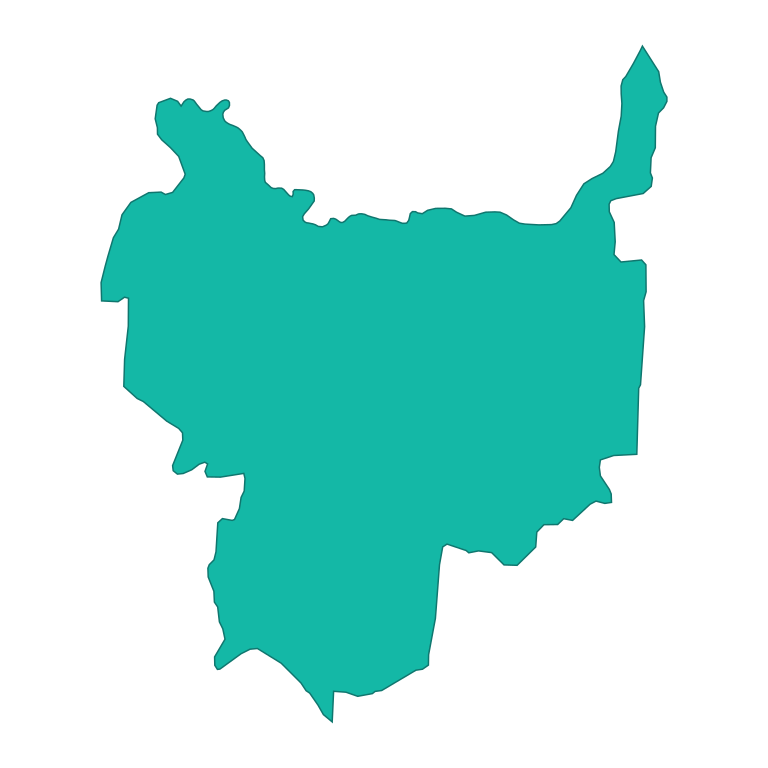 the district of Santa Catarina Mita, Jutiapa, Guatemala
{"feature_id": "79465075B98787750844284", "entity_name": "Santa Catarina Mita", "entity_type": "district", "adm_level": 2, "iso_a3": "GTM", "parent_name": "Guatemala", "parent_adm1": "Jutiapa", "projection": "equal_earth", "projection_center": [-89.779, 14.442], "detail": "fine", "context": "isolated", "style": "filled", "palette": "teal", "viewbox_px": 768, "rotation_deg": 0, "n_neighbors": 0, "source": "geoboundaries", "source_scale": "gbopen_adm2", "svg_char_len": 3968}
<svg xmlns="http://www.w3.org/2000/svg" viewBox="0 0 768 768"><path d="M642.4,46.1L640.3,50.5L633.5,63.3L625.8,76.5L622.8,79.7L621.1,86.0L621.2,93.9L621.9,103.5L621.2,116.2L618.4,131.2L615.7,151.8L613.4,161.5L610.3,166.5L602.8,173.3L592.0,178.6L583.9,183.8L576.5,195.3L570.9,207.7L559.8,221.0L556.2,223.6L551.5,224.6L539.0,224.9L525.0,224.1L519.4,223.2L513.6,219.9L506.6,215.0L500.1,212.2L494.9,211.9L485.6,212.2L474.4,215.4L464.9,216.1L456.5,212.2L451.5,208.9L445.4,208.3L435.7,208.4L427.6,210.3L422.3,213.7L417.6,212.9L415.6,211.7L412.4,211.6L410.3,213.6L409.3,218.1L408.7,220.4L406.7,223.1L404.4,223.3L402.3,223.3L399.4,222.2L396.4,221.0L394.9,220.5L389.3,220.2L386.0,219.8L379.6,219.4L377.8,218.8L376.0,218.2L373.8,217.6L371.6,217.0L370.1,216.5L367.8,215.8L364.9,214.4L363.4,214.1L361.7,213.8L359.8,213.8L358.3,214.0L355.7,215.2L351.6,215.4L349.9,216.3L348.5,217.4L346.8,219.1L344.8,221.2L342.8,222.4L340.8,222.5L339.0,221.5L337.6,220.4L335.7,219.1L333.6,218.4L330.7,218.7L329.5,221.1L328.0,223.8L326.4,225.1L322.5,226.8L318.2,226.4L315.5,224.8L312.9,223.9L310.3,223.4L308.4,223.0L306.7,222.8L305.1,222.1L303.1,220.2L302.6,216.7L304.3,213.8L305.8,212.1L308.6,208.9L314.2,201.0L314.3,198.1L313.7,194.8L312.7,193.3L310.8,191.7L308.4,190.8L305.7,190.3L303.2,190.0L296.6,189.7L294.6,189.7L293.1,191.5L293.2,194.2L292.3,196.6L290.2,196.2L288.6,194.9L286.1,192.1L283.7,189.4L281.7,188.2L279.5,188.1L277.9,188.1L275.5,188.6L273.0,188.4L271.0,187.5L268.5,185.1L265.3,182.3L264.7,180.3L264.5,177.0L264.7,173.3L264.4,169.7L264.4,166.5L264.4,164.4L264.1,160.6L262.8,157.7L260.0,155.4L256.4,152.1L252.1,148.2L247.3,141.6L245.8,139.3L245.1,137.5L244.1,135.4L242.3,131.9L241.0,130.5L239.6,129.2L237.9,127.8L235.9,126.8L232.9,125.5L229.8,124.4L227.6,123.2L225.9,122.0L224.6,120.7L223.2,117.7L222.8,114.2L223.4,112.2L224.7,110.3L228.5,107.9L229.5,105.4L229.4,102.4L228.4,100.8L226.3,100.0L224.8,100.0L222.1,100.9L219.9,102.4L216.3,105.8L214.2,108.4L212.9,109.6L210.8,110.7L208.4,111.5L206.6,111.5L203.0,110.9L201.1,109.7L199.5,107.7L198.1,106.0L196.6,104.2L195.4,102.5L194.3,101.0L193.0,99.9L190.0,99.0L187.9,99.0L185.8,100.1L184.0,101.7L181.1,106.1L177.6,101.3L170.5,98.3L158.7,102.7L157.1,105.2L155.2,118.8L157.4,127.7L157.5,134.2L161.7,139.8L170.4,147.6L178.7,156.4L185.2,174.2L183.9,177.9L172.6,192.4L165.4,194.5L161.1,192.1L148.7,192.7L130.9,202.4L122.0,214.8L118.6,229.1L113.4,237.7L107.9,256.3L105.2,266.2L101.1,282.6L101.6,300.9L118.0,301.7L124.5,297.2L128.5,298.2L128.3,326.2L124.6,359.4L123.8,386.4L137.2,398.5L143.3,401.5L166.8,421.2L178.7,428.4L182.5,432.8L182.8,440.2L172.6,465.6L173.2,470.7L177.4,474.1L183.2,473.5L191.7,469.8L199.2,464.2L204.8,462.2L207.6,463.9L205.0,471.4L207.3,476.9L220.5,477.1L243.8,473.4L245.0,478.5L244.2,491.1L241.1,497.4L239.4,508.6L234.5,519.5L232.2,520.4L222.4,518.6L217.8,522.8L216.0,551.8L214.0,559.9L209.3,564.6L207.9,568.2L208.2,577.0L213.9,591.3L214.4,602.1L217.7,607.0L219.4,621.9L222.8,628.8L225.0,639.2L214.6,656.9L214.8,665.3L217.4,669.4L219.9,669.1L241.1,653.7L250.0,649.2L257.4,648.5L281.2,663.2L301.0,683.0L306.1,690.7L309.7,693.1L318.0,705.1L323.4,714.6L332.2,721.9L333.6,691.3L346.0,692.2L357.7,696.3L372.4,693.6L375.1,691.4L381.7,690.5L415.9,670.2L422.5,669.2L428.4,665.1L428.6,654.7L435.4,618.4L439.5,564.7L442.7,546.9L447.0,544.1L466.1,550.5L468.8,552.8L478.5,550.9L491.6,552.6L504.0,564.9L517.1,565.3L535.7,547.0L536.8,532.1L543.9,524.7L557.7,524.5L563.7,518.7L572.6,520.4L590.1,504.2L596.0,501.1L604.8,503.4L611.5,502.4L611.2,494.0L609.4,489.5L600.4,475.9L599.3,467.4L600.4,459.9L613.7,455.5L636.8,454.3L638.7,388.2L640.5,384.8L644.6,326.6L643.6,300.6L646.1,291.8L645.9,264.8L641.6,260.0L621.0,262.0L614.0,254.6L615.2,241.8L614.2,222.4L609.3,211.8L609.1,204.2L610.8,200.7L616.3,198.6L643.2,193.5L651.2,186.4L652.4,178.0L650.4,172.9L651.1,157.7L655.3,147.8L655.5,126.2L658.5,113.0L663.6,107.8L666.9,101.4L666.9,97.1L663.7,92.1L660.4,82.2L658.7,71.7L642.4,46.1Z" fill="#14b8a6" stroke="#0f766e" stroke-width="1.5"/></svg>